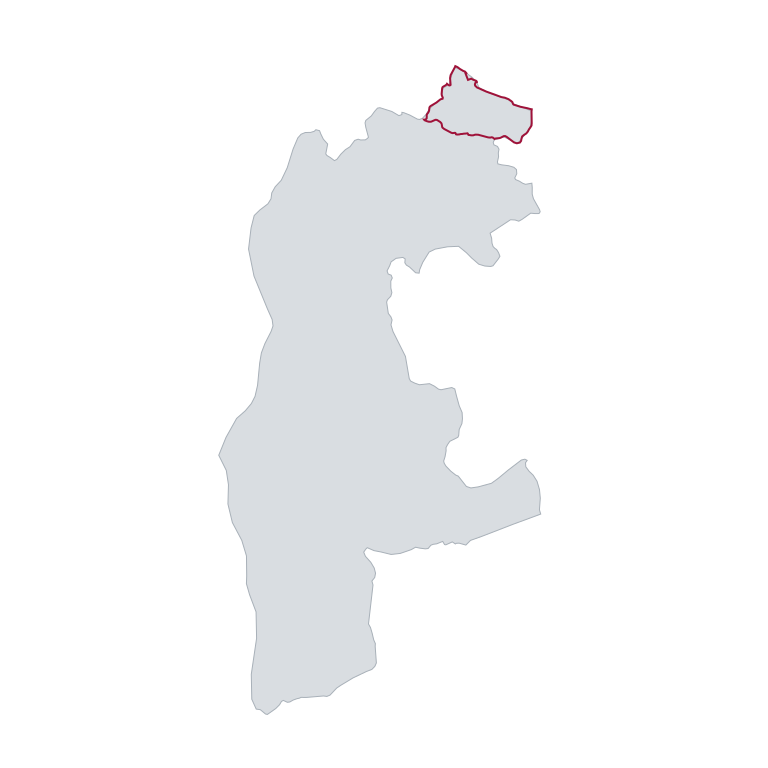 location of Kouilou within Republic of the Congo, rotated 159°
{"feature_id": "COG-3343", "entity_name": "Kouilou", "entity_type": "Region", "adm_level": 1, "iso_a3": "COG", "parent_name": "Republic of the Congo", "parent_adm1": "", "projection": "albers", "projection_center": [12.097, -4.264], "detail": "fine", "context": "in_parent", "style": "outline", "palette": "rose", "viewbox_px": 768, "rotation_deg": 159, "n_neighbors": 0, "source": "natural_earth", "source_scale": "10m", "svg_char_len": 5616}
<svg xmlns="http://www.w3.org/2000/svg" viewBox="0 0 768 768"><g transform="rotate(159 384 384)"><path d="M148.6,586.2L152.3,576.5L155.1,572.0L158.5,568.9L171.9,561.3L174.0,561.6L183.3,571.5L186.3,572.2L189.6,572.0L193.5,572.4L195.4,570.5L195.7,567.9L192.9,565.1L192.5,562.0L194.5,558.7L195.6,555.1L198.5,550.7L198.8,548.7L195.7,546.5L189.4,543.1L185.1,539.8L183.5,536.7L184.7,532.7L188.1,529.5L187.9,527.7L184.9,524.8L182.6,521.7L180.3,519.7L174.0,518.5L175.2,514.3L177.6,508.2L178.1,503.4L176.3,491.0L176.5,488.8L178.2,487.6L182.0,489.0L185.8,490.9L196.2,488.2L199.8,487.7L202.8,490.1L207.0,492.0L230.9,486.8L231.3,481.5L232.7,476.8L232.9,473.2L231.9,470.9L230.7,469.2L230.0,465.6L230.0,461.7L232.3,459.9L239.9,455.3L242.3,455.5L247.6,458.0L252.6,461.9L257.0,470.2L260.1,477.2L265.0,485.8L275.4,489.3L287.9,491.6L294.6,491.0L304.2,483.7L309.7,478.0L311.5,474.9L314.6,476.5L318.2,484.0L320.5,487.0L321.1,489.7L319.4,493.2L321.0,495.4L327.7,497.0L333.6,495.5L336.2,492.5L340.6,488.5L340.7,485.2L338.3,483.0L338.3,480.0L340.8,477.6L343.2,471.2L343.9,466.5L346.2,463.5L350.6,461.4L352.2,459.5L354.7,448.3L353.5,444.3L353.5,440.9L356.3,436.7L356.8,429.7L354.1,402.1L358.5,380.0L358.1,377.2L355.0,373.8L351.2,370.6L341.4,368.0L337.7,363.9L334.9,359.6L332.8,358.2L322.0,356.4L319.7,354.0L320.6,346.9L321.6,336.6L321.3,329.4L323.2,323.5L325.4,319.2L330.1,314.6L332.7,309.2L334.1,307.8L343.1,306.9L346.3,304.7L348.9,302.4L350.0,299.3L353.1,294.2L355.9,290.7L356.2,288.4L355.6,285.1L352.9,278.7L349.7,273.3L347.7,271.4L343.8,258.8L340.1,255.8L332.9,254.2L319.3,252.8L311.1,255.0L298.7,259.2L283.0,263.8L279.4,263.3L277.7,261.4L280.1,259.8L281.3,255.9L279.8,250.5L277.4,245.4L276.0,238.4L276.7,229.7L279.0,221.4L284.0,210.8L284.3,206.4L314.5,206.8L346.9,206.7L359.3,207.0L365.3,204.3L370.9,208.5L373.7,209.4L374.7,209.1L376.8,212.1L383.9,211.7L385.0,212.4L385.6,216.0L392.1,215.9L395.4,216.7L398.0,216.7L401.8,214.6L404.5,215.3L409.5,218.0L413.0,220.3L418.0,219.6L429.5,220.0L438.4,222.3L447.2,228.4L453.0,232.0L458.3,237.2L460.3,236.3L463.2,234.3L463.1,229.8L460.2,222.2L459.1,215.7L459.7,210.4L462.0,206.7L465.9,204.4L466.3,200.3L484.5,165.5L483.9,161.5L484.4,155.5L485.3,148.8L485.1,144.8L486.3,142.1L491.1,126.3L493.7,123.7L497.6,121.9L503.4,121.9L518.4,120.7L532.4,118.2L537.1,117.1L545.9,112.9L549.3,112.8L552.2,114.4L569.1,119.3L573.8,121.2L575.4,121.0L578.0,121.4L582.0,121.5L585.9,120.9L588.3,121.5L591.4,124.7L593.5,124.4L596.3,122.1L601.4,119.8L611.3,117.3L612.9,118.4L616.2,124.3L619.8,126.3L620.4,137.1L611.9,160.6L594.1,192.2L585.1,217.1L585.0,235.4L584.0,246.9L581.0,253.9L574.0,272.8L572.8,289.0L575.2,309.0L572.7,327.9L565.3,345.7L562.2,359.8L563.8,376.7L550.6,390.8L533.9,404.7L523.1,408.7L514.8,413.3L508.8,418.7L502.5,428.1L492.5,448.2L487.3,457.0L480.6,464.5L470.5,473.6L466.8,478.0L465.3,484.3L465.9,495.9L466.7,531.3L462.1,558.5L452.2,577.3L444.8,587.8L437.4,591.0L427.8,593.8L423.1,597.4L420.3,602.6L414.9,607.1L406.9,611.0L396.8,620.6L384.7,635.9L376.3,644.6L371.9,646.9L367.3,647.0L362.5,645.2L358.5,644.9L356.5,645.8L353.4,643.6L353.4,640.1L352.9,634.3L350.6,628.2L355.9,619.7L355.4,617.8L353.0,614.7L350.2,610.3L347.5,610.6L342.0,614.0L336.1,616.6L330.7,617.7L324.1,621.9L320.4,621.8L318.4,620.2L313.9,618.6L311.5,619.2L310.1,619.9L309.0,630.2L308.1,634.6L306.5,636.6L299.8,638.8L295.2,641.8L291.2,643.9L288.8,643.4L279.0,635.6L273.9,629.2L270.8,629.1L269.9,631.2L268.3,630.2L263.6,625.9L257.9,619.3L255.9,618.2L252.8,618.3L247.8,620.8L243.0,624.6L234.2,628.2L226.9,630.1L226.3,632.6L224.6,636.7L222.2,639.3L215.7,640.1L213.4,643.8L207.8,651.0L204.1,654.3L203.1,652.9L200.9,651.1L196.3,645.6L191.8,638.7L190.5,635.5L189.3,633.7L189.1,626.8L182.2,618.6L165.1,603.9L163.2,599.6L148.6,586.2Z" fill="#d9dde1" stroke="#a8b0b8" stroke-width="1"/><path d="M251.8,616.4L251.3,616.2L250.5,615.9L249.0,616.7L248.3,618.2L247.8,619.7L246.9,620.7L245.8,621.3L244.8,622.1L243.9,623.1L242.6,625.7L241.9,626.4L240.9,626.8L234.0,628.0L229.7,629.4L228.8,629.5L227.1,629.3L226.5,630.2L226.6,632.8L226.3,634.1L223.7,639.3L223.0,640.1L222.1,640.4L220.0,640.7L219.1,640.9L218.2,641.2L217.6,641.7L216.8,640.2L216.3,639.5L215.7,639.2L214.9,639.2L214.6,639.5L212.7,645.9L211.1,648.5L204.1,654.5L203.5,655.2L202.6,654.3L201.7,653.3L200.3,651.0L198.0,648.1L196.4,646.6L195.8,644.9L196.6,644.9L196.6,637.8L193.1,637.8L192.0,636.4L189.3,634.0L189.0,633.2L189.1,632.6L190.5,632.6L191.7,631.3L192.0,629.9L190.9,627.5L183.8,620.4L177.3,614.8L171.6,609.8L168.6,608.0L165.6,605.2L164.4,603.3L164.1,603.0L163.3,601.6L163.1,601.0L163.2,599.6L163.1,598.9L162.9,598.4L157.4,594.0L151.2,590.0L149.2,588.5L147.6,587.5L148.6,585.6L152.7,574.4L153.7,572.4L155.4,571.1L157.5,569.7L159.3,568.1L161.4,566.9L163.9,566.4L166.3,565.6L167.7,563.8L168.9,561.8L170.6,560.7L173.7,561.1L176.0,562.9L181.0,570.9L182.1,572.1L183.4,572.5L186.8,572.1L188.1,572.2L191.7,573.2L192.8,573.3L193.0,573.2L194.2,575.2L194.7,575.5L195.2,575.8L196.6,576.0L198.4,576.9L206.8,583.0L209.0,583.9L209.6,584.1L211.6,584.2L213.5,584.9L214.6,585.6L215.6,586.1L215.9,586.3L216.0,586.6L216.0,587.4L216.1,587.8L216.2,588.1L216.6,588.2L217.9,588.5L219.8,589.1L221.4,589.4L222.9,589.9L224.1,590.0L224.9,590.2L226.3,590.7L226.9,591.0L227.3,591.3L227.3,591.5L227.3,592.1L227.3,592.5L227.5,592.9L227.8,593.1L230.0,593.6L230.6,594.0L231.2,594.5L236.4,600.5L237.0,601.5L237.4,602.1L237.5,602.6L237.6,603.0L237.0,605.9L237.0,606.4L237.0,606.9L237.2,607.4L237.6,608.4L239.8,611.4L240.4,611.8L240.9,612.1L241.4,612.2L241.9,612.2L245.9,612.0L246.4,612.1L247.0,612.3L248.0,612.7L248.6,613.1L249.8,614.0L251.6,615.7L251.8,616.4Z" fill="none" stroke="#9f1239" stroke-width="2"/></g></svg>